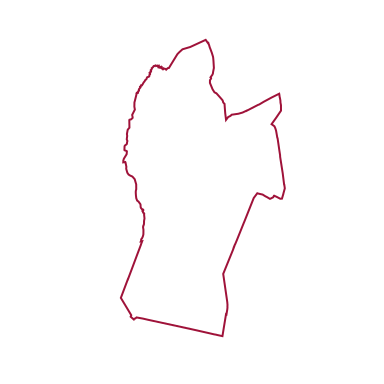 Jaunbērzes pag., Dobele, Latvia, rotated 119°
{"feature_id": "27541924B28590745616042", "entity_name": "Jaunbērzes pag.", "entity_type": "district", "adm_level": 2, "iso_a3": "LVA", "parent_name": "Latvia", "parent_adm1": "Dobele", "projection": "robinson", "projection_center": [23.387, 56.756], "detail": "fine", "context": "isolated", "style": "outline", "palette": "rose", "viewbox_px": 384, "rotation_deg": 119, "n_neighbors": 0, "source": "geoboundaries", "source_scale": "gbopen_adm2", "svg_char_len": 5394}
<svg xmlns="http://www.w3.org/2000/svg" viewBox="0 0 384 384"><g transform="rotate(119 192 192)"><path d="M52.3,253.8L66.1,263.9L67.4,265.2L67.5,265.3L71.8,269.5L75.9,270.9L78.5,271.6L89.5,272.1L94.7,272.3L95.5,273.3L97.5,273.9L97.3,274.3L97.2,274.8L97.3,275.1L97.5,275.7L97.6,276.2L97.6,276.7L98.0,276.7L98.3,276.8L98.5,276.8L98.5,277.0L98.4,277.1L98.4,277.3L98.6,277.3L98.5,277.6L98.6,278.0L98.4,278.2L98.4,278.3L98.1,278.4L98.0,278.5L98.1,278.8L97.7,279.0L98.0,279.3L97.9,279.4L97.8,279.5L98.2,279.6L98.4,279.7L98.3,279.9L98.1,280.0L98.5,280.3L98.4,280.4L98.8,280.6L99.0,280.7L99.0,280.8L99.0,281.0L99.2,281.5L98.9,281.6L98.9,281.8L98.9,282.0L98.0,282.0L97.9,282.1L97.7,282.2L97.9,282.4L97.8,282.6L97.9,282.8L98.1,282.7L98.3,282.6L98.5,282.8L98.7,283.1L98.7,283.3L98.4,283.8L98.5,283.9L98.6,284.0L98.9,284.2L99.0,284.3L99.1,284.5L99.1,284.9L99.0,285.0L99.0,285.3L99.7,285.6L99.8,285.6L99.8,285.8L100.0,286.2L100.3,286.5L100.5,286.6L101.5,286.6L102.2,286.9L102.6,286.9L103.1,287.2L103.3,287.0L103.5,286.9L104.2,286.9L104.6,286.8L104.9,286.8L105.2,287.1L105.4,287.2L105.6,287.1L105.9,286.7L106.2,286.6L106.3,286.3L106.6,286.2L106.7,286.3L106.7,286.5L106.9,286.6L107.1,286.7L107.3,286.7L107.6,286.5L107.9,286.5L108.1,286.6L108.1,286.4L108.5,286.2L108.5,286.3L109.0,286.3L109.2,286.2L109.3,286.0L109.4,285.9L109.5,285.9L109.9,286.0L110.3,286.0L110.6,285.9L110.8,285.7L111.4,285.5L111.6,285.5L112.2,285.7L112.6,286.1L113.3,286.8L113.6,286.8L114.3,286.8L115.1,286.6L115.4,286.6L116.3,286.9L117.0,287.2L118.1,287.1L119.6,287.4L120.3,287.4L121.3,287.4L121.9,287.4L122.5,287.5L123.1,287.5L123.5,287.7L123.7,287.9L123.6,288.2L123.8,288.2L124.3,288.1L124.5,288.1L124.8,288.2L124.9,288.4L125.1,288.5L125.2,288.4L125.2,288.2L125.4,288.1L125.5,287.8L125.8,287.8L126.4,288.0L126.7,288.0L126.9,288.0L127.0,288.1L127.3,288.2L127.8,288.2L128.3,288.1L128.5,288.0L128.6,287.8L128.9,287.6L129.1,287.7L129.7,287.6L129.8,287.7L129.9,287.8L130.1,287.9L130.9,287.7L131.1,287.5L131.2,287.4L131.5,287.3L131.8,287.6L131.9,288.0L131.7,288.2L131.9,288.3L132.0,288.4L132.7,288.3L132.7,288.2L133.9,287.8L140.6,286.0L141.1,285.9L141.5,285.8L145.3,283.8L147.4,282.1L147.5,282.0L147.9,281.9L148.4,281.9L153.6,281.7L155.1,280.4L155.9,279.9L156.2,279.9L158.0,280.5L159.1,281.7L159.5,281.7L163.5,279.4L166.1,277.9L168.6,278.4L168.8,278.3L169.1,278.3L172.9,277.0L174.3,275.9L177.1,274.8L177.7,274.5L177.8,274.4L178.5,273.4L178.8,273.2L180.0,272.9L180.9,272.5L181.8,272.3L182.6,272.6L183.6,273.1L184.0,273.2L184.3,273.2L184.5,273.2L184.8,273.1L188.0,271.5L188.1,271.4L188.2,271.2L188.1,270.7L187.9,269.4L187.9,268.8L188.1,268.6L190.6,267.5L191.0,267.5L195.2,267.7L196.1,267.7L198.1,267.2L198.3,267.0L199.4,266.5L198.2,265.0L198.6,264.6L198.5,264.4L201.8,261.6L203.4,260.9L203.9,260.5L206.5,257.9L207.5,255.9L207.5,255.7L207.6,254.1L207.4,251.8L207.6,251.0L208.6,248.3L212.2,244.7L212.4,244.5L216.1,242.4L216.9,242.0L217.6,241.9L218.1,241.7L219.1,241.3L220.6,240.4L222.6,239.1L223.1,238.7L223.7,238.3L223.8,238.2L224.4,237.8L225.1,237.0L226.1,235.8L226.1,235.7L226.3,234.3L226.4,234.0L227.6,231.4L227.8,231.1L228.3,230.7L229.3,230.1L230.1,229.6L230.7,228.9L230.9,228.4L231.3,227.5L231.6,227.0L231.1,226.7L231.1,226.1L231.9,225.6L232.0,225.6L232.8,225.9L233.0,225.5L233.3,225.2L233.7,224.7L233.8,224.6L233.8,223.8L233.8,223.7L234.2,223.2L234.9,223.0L235.5,222.6L238.2,220.7L240.3,220.0L240.7,219.8L241.4,219.5L242.2,219.0L242.9,218.7L243.5,218.4L244.6,218.2L244.6,218.3L244.8,218.3L246.2,217.9L246.7,217.6L248.4,216.3L249.4,215.7L252.6,214.0L254.0,213.6L255.1,213.4L256.4,213.3L257.1,213.3L257.8,213.5L258.3,213.4L258.8,213.0L259.2,212.9L260.1,212.8L259.4,211.8L259.3,211.7L262.6,211.2L262.9,211.1L273.8,209.5L287.8,207.4L299.4,205.7L299.4,205.8L319.1,202.9L329.2,185.4L330.8,185.2L331.7,181.1L331.4,181.1L331.1,181.1L330.7,180.9L330.3,180.5L330.2,180.3L330.1,180.2L328.6,179.7L326.5,173.5L325.1,168.6L312.3,126.1L310.5,120.0L308.1,111.7L307.4,109.3L305.8,103.7L305.1,101.7L305.0,101.2L304.0,97.8L303.3,95.5L282.4,103.0L282.4,102.5L277.9,104.1L276.0,104.9L274.8,105.6L273.4,106.3L272.7,106.8L271.6,107.5L270.5,108.3L248.5,125.0L222.8,128.1L220.2,128.5L220.3,128.6L219.8,128.7L217.1,129.0L217.0,128.9L212.5,129.4L193.3,131.8L193.0,131.8L167.3,135.1L161.5,134.3L161.5,134.2L160.6,131.0L160.0,129.0L160.2,125.5L160.1,124.5L160.2,120.5L159.6,120.0L157.2,118.4L155.5,118.5L155.4,118.4L155.2,115.6L155.1,111.5L154.2,110.1L149.3,111.2L149.1,111.3L143.8,112.6L140.9,114.8L140.9,115.0L131.7,121.7L119.1,131.5L118.6,131.9L116.8,133.0L116.6,133.2L113.5,135.6L103.5,143.2L103.5,143.3L103.2,143.7L99.7,146.5L97.5,148.3L95.9,150.0L94.6,151.7L94.5,152.1L94.1,155.3L86.4,154.4L77.7,153.6L72.9,156.3L71.0,157.9L69.2,159.0L67.1,160.7L66.4,161.4L64.5,162.8L63.8,163.4L70.8,168.2L78.3,173.0L82.8,175.6L83.3,176.0L83.7,176.4L94.5,183.6L94.4,183.7L98.0,186.3L101.1,189.4L105.2,194.8L106.3,195.1L106.7,195.2L108.9,196.7L112.4,197.2L106.9,201.2L102.2,204.3L100.2,205.6L99.4,206.1L99.2,206.2L98.8,207.5L98.5,208.1L98.3,208.4L97.7,208.9L97.0,209.7L96.5,211.0L96.3,211.5L95.4,214.0L94.0,218.0L93.8,218.6L93.9,219.0L93.9,219.3L93.9,220.4L93.9,220.7L92.2,223.8L87.9,229.2L85.5,230.5L83.5,230.3L83.0,230.6L82.8,230.9L82.7,231.4L79.5,231.0L78.1,231.2L77.2,231.6L72.9,233.0L66.9,236.8L64.4,238.5L63.5,239.2L60.7,242.1L59.5,243.5L57.7,245.6L57.0,246.5L55.1,248.4L54.5,249.2L54.4,249.3L54.5,249.3L52.3,253.8Z" fill="none" stroke="#9f1239" stroke-width="2"/></g></svg>